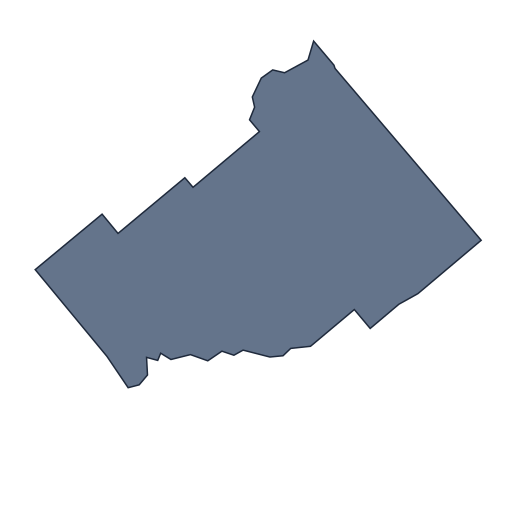 Madison, Idaho, United States of America (orthographic projection), rotated 320°
{"feature_id": "52423323B1812504540998", "entity_name": "Madison", "entity_type": "district", "adm_level": 2, "iso_a3": "USA", "parent_name": "United States of America", "parent_adm1": "Idaho", "projection": "orthographic", "projection_center": [-111.697, 43.776], "detail": "fine", "context": "isolated", "style": "filled", "palette": "slate", "viewbox_px": 512, "rotation_deg": 320, "n_neighbors": 0, "source": "geoboundaries", "source_scale": "gbopen_adm2", "svg_char_len": 634}
<svg xmlns="http://www.w3.org/2000/svg" viewBox="0 0 512 512"><g transform="rotate(320 256 256)"><path d="M438.3,128.4L421.8,139.3L395.7,134.0L388.4,124.2L374.4,123.1L355.4,131.8L350.6,141.1L338.6,147.5L338.6,162.9L251.9,162.9L251.8,150.3L164.8,150.0L165.0,125.0L78.1,124.5L77.3,237.1L73.4,274.7L83.7,279.6L96.4,277.4L107.0,263.3L113.6,272.8L120.5,269.2L124.3,280.6L142.4,289.4L151.7,305.3L168.7,307.0L175.3,317.8L185.6,319.8L201.7,342.3L212.6,349.8L223.2,349.1L239.7,360.2L296.9,360.2L296.9,384.9L334.5,384.8L355.9,388.9L438.6,388.7L437.1,163.1L438.4,159.9L438.3,128.4Z" fill="#64748b" stroke="#1e293b" stroke-width="1.5"/></g></svg>